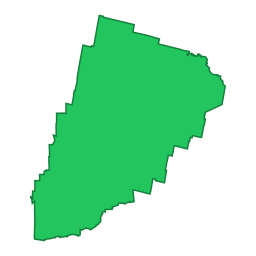 Río Primero, Córdoba, Argentina (Equal Earth projection)
{"feature_id": "61730980B52469297457294", "entity_name": "Río Primero", "entity_type": "district", "adm_level": 2, "iso_a3": "ARG", "parent_name": "Argentina", "parent_adm1": "Córdoba", "projection": "equal_earth", "projection_center": [-63.224, -31.038], "detail": "fine", "context": "isolated", "style": "filled", "palette": "green", "viewbox_px": 256, "rotation_deg": 0, "n_neighbors": 0, "source": "geoboundaries", "source_scale": "gbopen_adm2", "svg_char_len": 4989}
<svg xmlns="http://www.w3.org/2000/svg" viewBox="0 0 256 256"><path d="M34.8,217.6L34.8,219.2L34.8,225.8L34.6,225.9L34.6,230.5L34.4,236.3L34.5,238.9L35.1,238.9L35.1,239.1L42.8,240.3L43.8,240.6L43.8,239.9L44.4,240.0L45.5,239.7L47.2,238.9L48.4,238.9L51.0,238.5L51.4,238.0L52.4,238.0L55.3,237.6L55.2,236.9L59.8,236.2L59.9,237.4L61.2,237.2L61.3,237.1L61.9,236.9L62.4,237.0L65.1,236.6L65.3,236.5L67.2,235.9L67.3,236.6L68.7,235.3L70.1,235.0L70.2,234.9L71.1,234.6L74.6,234.5L76.8,235.4L78.5,236.0L78.5,235.1L79.1,235.2L79.3,235.0L80.2,234.8L80.2,229.5L81.8,230.1L81.8,229.9L86.0,228.0L86.0,228.3L88.0,228.3L90.2,229.5L90.5,229.8L96.1,226.2L96.1,225.1L98.3,224.4L98.7,223.4L99.4,222.7L99.8,222.5L100.1,222.0L100.3,222.0L100.5,221.8L100.7,221.7L100.7,216.4L101.4,215.8L101.6,214.9L101.9,214.7L101.8,213.9L102.5,213.9L102.5,211.9L105.3,211.9L105.3,209.5L112.2,209.3L112.1,207.8L112.8,207.7L112.8,206.7L116.9,205.6L118.0,205.3L118.2,204.8L118.2,204.5L118.4,203.9L118.8,203.6L118.8,203.3L121.0,203.3L123.0,203.2L123.0,203.3L123.3,203.3L124.7,203.7L124.7,203.9L129.4,201.6L129.5,202.4L130.1,202.3L132.8,201.9L132.8,201.7L134.1,201.6L132.9,189.9L136.9,190.7L141.0,191.7L145.5,192.9L149.9,194.0L150.3,191.4L150.6,191.5L152.9,178.7L155.6,179.3L155.4,180.6L164.4,182.8L165.7,175.6L166.5,170.5L165.4,170.2L166.6,163.9L166.7,162.7L167.1,160.4L167.3,160.5L168.3,155.2L172.1,156.0L172.6,153.2L172.8,153.2L173.3,150.7L174.1,145.7L187.4,148.9L188.7,141.5L189.5,141.7L190.3,137.4L192.0,137.9L192.5,135.6L199.8,137.2L201.6,137.4L203.5,126.9L204.4,124.6L204.6,123.1L205.3,118.9L204.1,118.6L205.3,112.3L222.0,104.5L223.8,94.3L225.2,86.2L224.2,85.2L223.0,84.4L222.8,84.2L222.8,83.8L223.0,83.0L223.1,82.8L223.0,82.6L222.8,82.3L222.8,82.1L222.8,81.6L222.7,81.1L222.6,80.8L222.3,80.7L222.1,80.8L221.9,80.7L221.8,80.1L221.6,79.9L221.4,79.8L220.6,79.7L220.4,79.5L220.6,76.0L217.5,75.9L217.7,74.8L216.7,74.9L216.5,74.7L213.3,74.6L212.5,74.2L211.9,73.7L211.6,73.3L211.1,72.9L210.5,72.4L210.0,71.7L209.4,70.5L209.2,69.8L209.1,69.5L209.3,68.8L209.2,67.9L209.3,67.8L209.2,67.7L208.6,67.3L208.2,66.9L208.1,66.7L207.7,66.5L207.5,66.2L207.4,66.0L207.2,65.7L206.9,65.7L206.7,65.2L206.4,64.8L206.3,64.4L206.0,64.2L206.2,63.9L206.3,63.9L206.5,63.9L207.0,63.9L207.2,63.7L207.2,63.3L206.9,63.5L206.7,63.5L206.5,63.2L206.3,63.0L206.2,62.9L206.2,62.6L206.2,62.4L206.4,62.2L206.6,62.2L206.5,61.8L206.5,61.6L206.7,61.3L206.8,61.2L207.0,61.0L207.0,60.6L207.1,60.4L207.0,60.2L207.2,59.8L207.2,59.6L207.3,59.5L207.3,59.4L206.9,59.2L206.7,58.6L206.5,58.4L206.3,57.9L205.9,57.3L205.6,57.1L205.2,56.9L205.0,56.6L204.7,56.5L203.9,56.7L202.9,56.7L202.7,56.5L202.6,56.3L202.3,56.3L202.1,56.2L201.9,56.2L201.9,56.3L202.0,56.5L202.1,56.8L201.9,56.9L201.5,56.9L201.5,57.1L201.4,57.2L200.8,56.7L200.6,56.3L200.7,56.0L200.8,55.9L200.4,55.6L200.3,55.4L200.2,55.2L200.2,54.9L199.9,54.5L199.8,54.4L199.6,54.4L199.4,54.3L199.1,54.2L198.9,54.2L198.6,54.2L198.3,54.1L198.6,54.8L198.6,55.1L198.1,55.1L197.8,54.8L197.7,55.3L197.8,55.4L197.8,55.8L197.7,55.9L197.7,56.1L197.3,56.0L197.2,55.9L197.0,56.0L196.9,56.0L196.8,55.9L196.7,55.8L196.3,56.0L196.1,56.0L195.8,55.8L195.8,56.0L195.4,56.0L195.2,56.2L195.0,56.3L194.9,56.1L194.8,55.9L194.6,55.6L194.5,55.3L194.7,54.9L194.4,55.2L194.2,55.3L193.7,55.7L193.4,55.5L193.4,55.3L193.3,54.9L193.7,54.7L193.3,54.4L193.0,54.4L193.0,54.5L193.1,54.9L192.9,55.1L192.7,55.1L192.5,54.9L192.4,54.6L192.2,55.3L191.9,55.6L191.7,55.4L191.7,54.6L191.8,54.4L192.0,54.3L192.1,54.1L191.8,53.9L191.8,53.7L191.7,53.7L191.4,53.4L191.2,53.5L190.7,53.7L190.4,53.7L189.8,53.3L189.7,53.3L189.4,53.4L188.9,53.4L188.8,53.9L188.6,54.2L188.3,54.4L188.2,54.5L188.3,54.7L188.3,54.8L188.2,55.0L187.7,55.4L187.4,55.4L187.0,54.8L187.1,54.6L187.0,54.4L187.1,54.2L187.3,54.2L187.4,54.3L187.4,54.5L187.5,54.6L187.9,54.4L188.1,54.3L188.3,53.9L188.5,53.8L188.6,53.6L188.7,53.3L188.8,53.1L188.9,52.8L189.3,52.4L189.2,52.1L189.2,51.8L189.2,51.5L187.1,51.0L186.9,51.1L181.1,49.9L180.8,49.5L164.8,45.5L158.3,44.0L159.4,38.9L154.9,37.7L151.2,36.5L141.7,34.1L132.9,32.2L134.2,24.7L108.5,18.5L108.4,18.5L107.4,18.2L105.0,17.6L103.4,17.2L103.4,16.4L100.1,15.6L99.3,15.4L98.4,20.6L97.4,25.6L96.8,29.0L94.4,42.6L93.7,46.3L91.5,45.7L91.3,47.1L86.8,46.0L83.0,45.1L79.8,62.4L79.5,64.1L77.3,77.1L77.2,79.1L77.1,79.8L77.3,79.9L77.3,80.1L77.1,81.6L76.3,85.0L75.9,86.9L75.2,90.8L74.4,90.5L73.6,94.6L73.8,94.7L73.4,97.0L72.0,104.9L66.0,103.4L66.0,108.3L66.0,113.2L61.3,113.1L61.3,113.5L58.7,113.4L58.7,113.2L57.3,113.2L57.2,113.2L56.8,113.2L56.6,113.2L56.6,113.4L56.6,123.6L56.2,123.6L56.1,124.2L56.1,125.2L56.2,125.4L56.1,127.1L56.2,136.0L53.4,135.1L54.9,140.4L52.6,144.6L49.3,144.6L49.3,146.1L49.5,151.1L49.5,156.7L48.9,156.7L48.9,160.2L48.9,162.6L49.1,162.6L49.1,170.0L46.1,170.0L46.1,171.1L44.2,171.2L44.2,174.4L39.6,174.5L39.7,180.7L36.6,180.6L34.9,180.6L34.9,191.2L32.6,191.1L32.6,196.4L31.7,196.4L31.7,196.7L30.8,196.7L30.8,198.1L32.7,197.5L32.7,199.2L31.8,199.5L32.3,203.4L34.5,201.2L34.6,207.2L34.8,217.6Z" fill="#22c55e" stroke="#15803d" stroke-width="1.5"/></svg>